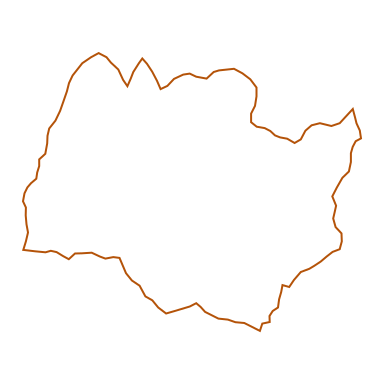 Gastão Vidigal, São Paulo, Brazil
{"feature_id": "56859067B980429746583", "entity_name": "Gastão Vidigal", "entity_type": "district", "adm_level": 2, "iso_a3": "BRA", "parent_name": "Brazil", "parent_adm1": "São Paulo", "projection": "albers", "projection_center": [-50.2, -20.806], "detail": "fine", "context": "isolated", "style": "outline", "palette": "amber", "viewbox_px": 384, "rotation_deg": 0, "n_neighbors": 0, "source": "geoboundaries", "source_scale": "gbopen_adm2", "svg_char_len": 1688}
<svg xmlns="http://www.w3.org/2000/svg" viewBox="0 0 384 384"><path d="M98.6,53.1L91.1,57.2L82.3,63.2L72.6,75.5L69.0,83.1L66.9,91.4L63.4,101.5L60.1,110.9L55.4,120.7L49.2,128.5L47.5,135.8L47.2,143.4L45.3,153.8L39.2,159.4L39.2,166.1L37.2,172.5L36.3,178.7L31.0,183.2L27.4,187.4L24.5,193.3L23.0,201.3L25.9,207.5L25.7,215.4L26.5,224.3L28.0,232.5L25.9,241.4L23.3,249.9L35.1,251.3L45.5,252.3L50.8,250.8L56.6,252.1L63.1,256.1L68.8,259.2L75.0,253.5L82.1,253.3L91.7,252.7L99.8,256.5L105.4,258.6L113.3,257.1L119.5,257.9L126.0,273.2L131.9,280.5L139.6,285.7L145.4,296.4L152.3,300.3L158.2,307.5L166.1,313.5L174.4,311.1L189.8,306.5L196.2,303.2L200.6,306.9L205.1,311.9L218.4,318.6L227.9,319.6L235.4,322.2L244.3,323.0L259.9,330.9L262.3,323.6L269.7,322.0L269.5,316.0L272.7,311.0L278.0,307.5L279.1,299.3L281.2,292.0L282.5,285.1L289.2,287.0L294.0,279.9L300.8,272.0L309.3,268.8L314.3,265.8L320.8,261.5L326.7,256.5L332.6,251.9L339.7,249.2L341.8,241.4L341.5,233.4L335.6,227.1L333.2,218.5L334.7,212.0L336.1,205.7L332.3,196.4L336.8,187.6L342.4,177.8L348.9,171.5L350.9,162.0L350.9,153.2L352.7,146.9L355.7,141.2L361.0,138.4L359.8,130.5L356.5,123.3L355.1,117.6L352.8,109.0L339.7,123.2L331.4,126.0L319.9,123.2L311.6,125.3L305.4,130.7L300.8,139.4L294.6,143.0L287.2,138.7L280.1,137.4L275.0,135.4L270.3,131.0L264.7,128.1L256.7,126.7L251.1,122.2L251.1,113.6L255.0,105.9L256.5,96.4L256.5,87.5L250.3,79.3L242.4,73.3L234.0,68.8L219.0,70.4L213.7,72.0L206.6,78.6L196.2,76.7L189.7,73.6L183.2,74.6L174.0,78.9L167.4,85.9L160.6,89.1L157.0,80.8L152.2,71.7L147.0,63.8L142.3,58.5L138.9,63.2L133.3,72.0L130.7,78.7L127.4,86.2L123.1,79.9L118.3,69.5L110.9,62.6L106.5,57.2L98.6,53.1Z" fill="none" stroke="#b45309" stroke-width="2"/></svg>